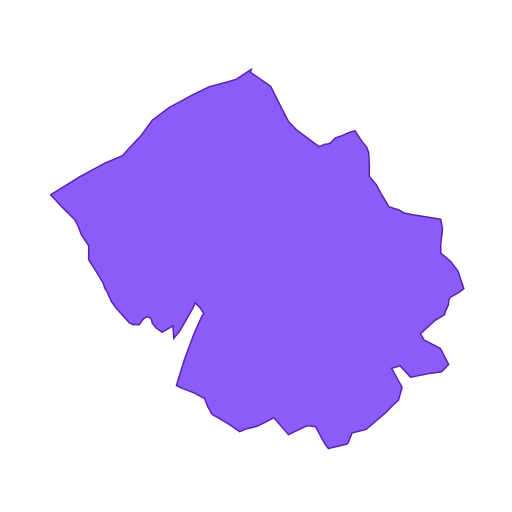 the district of Kifri, Diyala, Iraq, rotated 95°
{"feature_id": "34846034B3098543652793", "entity_name": "Kifri", "entity_type": "district", "adm_level": 2, "iso_a3": "IRQ", "parent_name": "Iraq", "parent_adm1": "Diyala", "projection": "robinson", "projection_center": [44.994, 34.558], "detail": "fine", "context": "isolated", "style": "filled", "palette": "violet", "viewbox_px": 512, "rotation_deg": 95, "n_neighbors": 0, "source": "geoboundaries", "source_scale": "gbopen_adm2", "svg_char_len": 1783}
<svg xmlns="http://www.w3.org/2000/svg" viewBox="0 0 512 512"><g transform="rotate(95 256 256)"><path d="M212.9,465.9L223.9,453.8L235.8,439.5L242.4,435.5L250.4,431.6L260.3,423.6L268.9,422.8L274.2,422.4L277.2,420.2L284.1,414.8L296.4,405.8L300.9,404.0L304.8,401.2L314.4,395.8L320.4,390.4L327.6,382.8L333.5,376.4L335.0,372.8L334.7,366.3L329.6,363.4L327.2,361.3L326.3,359.9L326.3,357.3L328.1,354.8L332.0,353.4L336.2,349.4L340.1,343.0L332.9,332.6L345.2,330.8L337.4,325.4L314.9,315.0L308.1,312.4L312.3,307.4L317.6,303.1L322.4,305.3L338.9,311.0L365.0,318.2L391.6,323.9L392.0,323.9L392.3,323.1L394.1,318.5L397.7,306.0L402.2,295.4L402.4,294.8L402.9,294.6L409.9,291.2L417.3,286.2L417.7,285.9L417.9,285.4L420.4,279.8L425.2,269.7L431.8,258.0L432.4,257.0L429.4,251.4L425.6,240.3L421.4,233.2L415.5,224.2L431.1,208.0L421.8,192.4L420.5,189.3L420.9,181.8L436.9,171.2L441.5,167.1L435.2,148.5L432.3,147.4L423.9,144.9L419.2,131.3L400.7,113.1L392.7,106.6L387.2,101.5L374.2,99.0L356.1,111.1L352.8,103.0L363.3,91.4L358.2,74.3L355.3,61.2L347.3,54.6L332.1,64.2L325.0,81.3L319.1,85.4L304.8,72.3L298.1,63.2L293.9,62.2L288.0,60.1L283.4,60.1L280.4,59.1L274.5,50.6L270.4,46.1L262.2,49.7L253.5,53.4L244.4,61.7L237.1,72.1L227.5,73.1L218.4,72.6L212.4,72.6L203.3,75.2L202.0,92.4L201.1,104.9L200.2,112.1L198.3,116.3L197.6,117.9L195.4,127.7L183.3,136.6L174.6,142.3L166.8,150.1L155.1,151.1L143.4,152.7L137.8,155.3L132.6,160.5L122.6,168.3L124.8,174.0L128.7,180.8L131.3,187.0L136.9,191.7L138.2,194.3L138.6,196.9L141.6,202.6L136.8,210.4L126.9,226.5L119.1,235.4L103.4,245.3L85.7,256.2L73.5,277.5L70.5,277.0L81.7,291.1L85.4,300.6L91.5,317.4L101.3,333.7L115.7,355.5L129.8,371.2L146.6,381.3L150.5,384.5L160.6,392.5L167.6,397.6L176.5,414.4L192.4,438.5L212.9,465.9Z" fill="#8b5cf6" stroke="#5b21b6" stroke-width="1.5"/></g></svg>